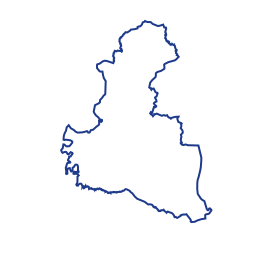 the district of Phibun Mangsahan, Ubon Ratchathani, Thailand, rotated 351°
{"feature_id": "78962969B76459956154531", "entity_name": "Phibun Mangsahan", "entity_type": "district", "adm_level": 2, "iso_a3": "THA", "parent_name": "Thailand", "parent_adm1": "Ubon Ratchathani", "projection": "natural_earth1", "projection_center": [105.21, 15.161], "detail": "fine", "context": "isolated", "style": "outline", "palette": "blue", "viewbox_px": 256, "rotation_deg": 351, "n_neighbors": 0, "source": "geoboundaries", "source_scale": "gbopen_adm2", "svg_char_len": 5814}
<svg xmlns="http://www.w3.org/2000/svg" viewBox="0 0 256 256"><g transform="rotate(351 128 128)"><path d="M190.3,229.5L190.5,226.6L190.8,225.9L191.5,225.5L194.3,225.4L195.2,224.8L197.5,222.4L197.5,221.8L196.3,220.2L195.5,220.3L194.6,221.7L193.9,221.7L193.6,221.3L193.1,220.1L192.0,212.2L189.7,210.2L188.9,209.1L186.6,204.0L186.8,199.4L187.8,193.4L188.7,190.1L189.9,187.9L192.6,181.4L193.8,178.0L195.3,171.6L195.8,168.6L194.8,156.3L184.6,154.4L182.4,153.3L180.1,153.5L178.8,153.0L177.7,151.5L177.7,151.0L178.2,150.6L178.8,150.7L178.2,148.8L178.7,146.5L179.4,145.1L179.2,142.9L181.3,141.3L181.5,139.9L181.2,138.5L180.0,136.4L180.9,134.8L181.0,133.1L181.6,132.1L181.0,131.8L181.2,131.4L178.7,129.9L178.2,127.1L178.2,126.4L178.6,125.3L179.4,125.2L179.7,124.7L176.6,124.4L173.1,124.7L171.8,125.5L171.0,124.4L170.2,124.2L169.1,122.9L168.7,121.5L167.0,121.7L165.5,120.9L163.3,121.2L158.6,118.3L156.9,118.7L156.2,118.5L156.1,118.9L154.5,120.2L154.2,119.3L152.9,118.2L152.2,117.0L152.9,116.0L153.9,116.8L154.4,116.8L154.6,115.5L155.5,114.5L156.0,112.9L156.7,112.2L156.9,111.3L158.1,111.7L159.2,111.2L159.3,110.6L158.0,109.2L157.4,107.7L158.4,106.8L160.3,106.3L160.3,104.8L159.5,102.7L159.5,102.1L161.1,101.3L162.7,98.3L162.5,97.8L161.6,97.6L160.7,96.7L159.5,93.0L158.1,93.1L157.1,93.9L156.8,93.0L156.8,92.3L156.3,92.3L155.3,91.3L157.1,86.6L159.5,84.4L162.9,82.2L163.6,81.1L164.0,78.6L164.4,78.0L166.1,77.2L169.4,76.8L173.0,75.3L173.4,74.6L173.6,71.2L174.1,70.6L178.0,69.3L184.8,68.5L186.3,67.8L189.2,65.6L188.5,64.3L187.6,63.7L188.1,62.8L187.1,61.6L187.4,60.9L187.1,59.5L188.1,59.3L188.3,58.6L187.6,58.0L187.1,55.4L187.2,54.4L186.5,53.5L186.6,52.8L185.6,52.9L184.8,51.9L184.6,52.3L183.8,52.1L183.3,52.6L182.2,51.8L182.1,52.0L182.3,51.1L181.6,50.7L181.8,50.1L181.1,49.5L181.4,49.5L181.3,48.9L181.5,48.8L180.9,48.4L180.0,48.4L179.5,47.5L179.7,47.0L179.3,46.4L179.4,45.6L178.8,45.1L179.4,43.5L179.3,42.3L180.0,42.5L180.3,42.0L180.3,40.3L179.8,39.7L179.8,39.0L181.2,36.0L181.3,35.0L181.1,34.7L180.7,34.9L179.5,34.3L178.9,31.4L175.0,32.0L173.4,31.9L168.7,29.1L167.0,27.0L163.6,26.3L161.5,25.0L161.1,25.6L159.1,26.0L157.9,28.0L156.1,29.5L154.4,29.4L153.3,29.7L153.0,31.1L150.4,31.4L146.2,31.3L145.0,32.3L142.2,33.5L140.5,33.0L139.5,34.1L138.9,34.2L138.4,35.0L137.9,35.0L136.9,36.4L135.6,37.0L135.5,37.5L134.9,37.3L134.4,37.7L134.1,38.6L133.5,38.9L133.5,40.1L133.0,41.0L133.5,42.4L133.4,43.6L133.7,44.0L134.0,43.8L134.1,44.3L134.1,45.4L133.8,45.3L133.8,46.1L132.8,47.8L133.3,48.8L133.7,48.9L133.5,49.5L134.3,50.3L134.0,51.3L133.7,51.6L133.1,51.0L129.8,49.9L128.9,50.5L128.3,50.4L127.1,49.7L126.5,50.4L126.0,51.8L125.6,52.2L125.4,52.1L125.1,52.9L125.2,53.4L124.5,54.5L125.0,55.0L125.0,56.1L125.3,56.6L124.9,56.8L124.9,57.8L124.5,58.6L124.8,59.3L124.5,59.6L124.6,60.1L124.2,60.4L123.6,61.6L117.6,58.5L115.4,57.9L113.4,58.3L110.3,59.9L107.5,60.4L107.0,62.1L106.8,64.0L108.8,67.5L109.4,67.9L111.6,68.3L111.6,71.8L111.9,74.8L113.3,78.3L110.9,90.7L110.6,91.3L109.0,92.2L107.0,94.3L104.8,96.0L104.3,98.2L102.6,99.2L99.0,100.3L96.7,106.4L96.9,107.6L98.3,110.5L100.4,112.9L101.4,115.0L103.5,115.9L103.5,117.0L102.5,117.8L100.5,116.6L100.1,119.8L99.5,120.5L97.1,121.7L93.3,124.2L91.0,124.3L89.7,126.1L88.9,126.5L87.9,126.2L87.4,124.9L87.0,124.7L82.7,125.2L77.6,124.7L75.6,123.4L74.3,121.6L71.5,119.3L69.9,116.0L67.6,117.7L66.3,121.0L64.5,123.5L63.4,125.7L62.5,129.4L63.1,129.9L64.8,129.8L69.3,131.2L70.8,132.6L70.7,133.7L68.2,136.1L67.0,136.8L64.3,136.5L62.4,134.3L61.6,134.1L60.3,137.9L58.8,139.0L58.5,139.8L59.1,141.8L59.6,142.3L61.4,141.8L62.9,141.9L63.5,142.3L64.2,144.2L64.7,144.6L65.5,144.5L67.6,142.9L69.0,143.8L69.3,144.6L66.8,147.2L65.4,147.0L65.0,148.4L63.8,150.0L63.7,150.7L65.5,152.4L65.6,152.9L65.2,153.2L62.9,153.0L62.2,153.7L60.3,157.7L60.2,161.7L59.7,163.4L60.2,163.9L61.0,163.6L61.3,160.4L62.3,158.6L64.2,158.5L64.8,161.6L65.1,162.1L65.7,162.1L66.5,161.6L67.1,158.6L68.6,157.9L70.2,156.0L71.5,156.1L72.2,156.6L72.5,157.6L72.5,158.8L72.0,161.9L72.4,163.2L72.2,163.9L71.9,164.0L71.1,163.2L69.6,163.3L68.2,162.8L67.5,163.3L67.0,164.2L67.0,164.7L67.3,164.9L69.8,165.0L71.3,166.1L71.9,167.1L70.5,168.1L69.7,173.0L69.3,174.2L68.1,175.8L68.4,176.8L69.6,177.1L69.9,176.6L69.8,176.3L71.6,175.5L72.8,175.6L73.4,176.3L73.7,177.8L74.1,178.3L73.9,179.0L74.1,178.8L74.3,179.2L74.6,178.7L74.5,179.1L74.9,179.1L75.1,179.9L75.3,179.6L75.5,179.8L75.6,179.4L75.8,179.7L76.2,179.4L76.2,179.9L76.6,179.8L76.4,179.6L77.1,178.5L77.2,178.9L77.8,179.1L77.6,179.5L79.1,179.3L79.4,179.6L79.2,179.8L80.0,180.0L80.0,182.2L81.4,181.7L82.0,182.2L82.6,181.8L83.3,182.8L84.4,183.0L84.7,183.4L85.1,183.2L85.2,183.5L85.3,183.2L85.7,183.3L86.0,183.5L85.8,183.8L86.3,184.1L86.6,183.4L87.2,183.7L88.2,183.0L88.8,183.2L89.2,183.8L90.6,183.2L91.4,184.3L92.2,184.2L92.4,185.2L93.3,185.3L93.5,185.7L94.0,185.6L94.5,186.2L95.2,186.3L95.3,186.8L96.1,187.0L96.0,187.3L96.2,187.2L97.3,187.8L98.0,189.1L98.5,189.2L98.6,188.8L99.1,188.7L99.2,188.9L100.1,188.9L100.7,189.6L101.0,188.8L103.3,189.2L103.3,188.9L104.0,188.8L105.4,189.5L105.9,189.4L105.9,189.7L106.8,190.0L107.6,189.6L109.7,189.8L110.1,189.5L111.0,190.0L112.3,189.6L112.8,189.1L114.0,189.3L115.9,188.0L117.4,188.5L119.9,190.4L120.4,191.5L122.1,193.2L123.9,196.6L126.0,199.3L132.9,203.5L136.0,206.7L137.4,206.7L139.6,207.5L140.6,209.0L140.6,209.5L141.2,209.7L141.3,210.2L142.0,210.3L141.8,210.7L142.2,210.9L143.1,210.8L143.1,211.2L144.4,212.7L144.4,213.2L145.1,213.8L145.2,214.5L145.6,214.4L146.0,215.0L147.1,215.1L147.9,214.4L149.6,214.6L150.4,214.3L151.0,215.7L152.6,217.1L152.8,217.7L154.2,216.8L158.3,219.1L159.5,221.0L160.1,223.3L161.3,223.3L161.9,224.2L162.6,224.5L165.8,223.2L166.3,222.5L166.8,222.7L167.7,222.2L169.2,222.1L170.9,222.4L172.2,222.3L175.4,228.1L175.6,229.2L175.3,230.2L176.1,230.9L179.7,231.0L181.4,230.3L186.2,229.5L190.3,229.5Z" fill="none" stroke="#1e3a8a" stroke-width="2"/></g></svg>